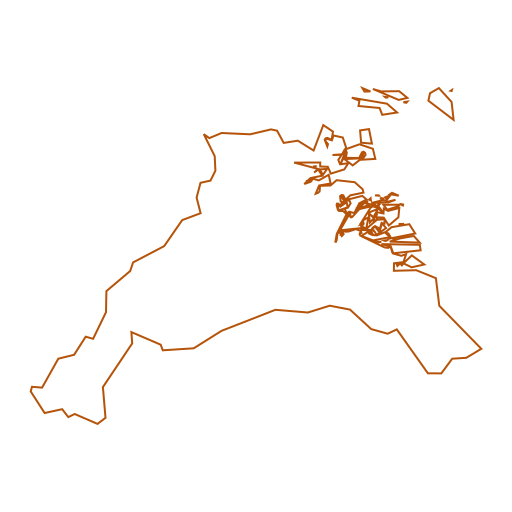 the district of Bulungan, Kalimantan Timur, Indonesia
{"feature_id": "22746128B10941975158621", "entity_name": "Bulungan", "entity_type": "district", "adm_level": 2, "iso_a3": "IDN", "parent_name": "Indonesia", "parent_adm1": "Kalimantan Timur", "projection": "orthographic", "projection_center": [117.459, 2.847], "detail": "fine", "context": "isolated", "style": "outline", "palette": "amber", "viewbox_px": 512, "rotation_deg": 0, "n_neighbors": 0, "source": "geoboundaries", "source_scale": "gbopen_adm2", "svg_char_len": 6071}
<svg xmlns="http://www.w3.org/2000/svg" viewBox="0 0 512 512"><path d="M481.3,348.8L439.3,305.8L435.9,278.2L416.2,270.2L393.9,270.8L394.0,263.3L403.5,262.1L406.1,254.1L401.4,255.8L393.0,253.5L392.3,252.5L390.6,246.6L388.1,247.9L384.5,247.4L361.4,236.2L359.9,234.8L359.6,234.1L359.9,233.1L361.5,232.9L361.0,231.2L356.0,229.1L348.6,231.5L345.4,231.7L342.7,230.4L343.4,234.3L341.8,236.1L339.1,231.5L337.4,234.0L336.7,239.9L335.9,241.8L335.4,241.7L336.8,233.8L346.6,214.2L343.0,211.0L338.9,210.9L337.9,209.8L336.6,205.2L336.9,203.7L338.5,203.7L340.1,206.2L341.9,202.6L345.1,203.1L340.7,201.4L340.1,196.2L341.6,195.0L343.3,195.3L345.5,199.7L350.4,195.3L363.5,192.6L362.6,189.2L354.7,182.2L336.6,180.2L330.5,185.5L320.0,185.8L319.6,191.5L317.9,192.9L315.7,193.7L319.1,185.5L330.6,183.5L328.7,174.8L318.8,180.4L312.5,178.6L311.6,180.8L310.6,181.8L304.3,184.0L310.4,178.1L322.2,175.7L318.2,169.4L314.1,172.6L318.0,168.9L294.1,162.6L320.2,162.5L320.2,166.5L327.8,166.8L330.9,173.6L344.3,169.4L348.3,163.2L340.1,164.3L338.3,159.9L341.6,154.8L332.5,155.0L342.1,154.3L344.8,149.3L346.3,148.3L342.8,137.5L333.5,135.5L331.9,140.3L326.2,138.6L325.2,140.8L328.0,144.1L327.3,146.5L324.7,139.7L325.7,138.3L327.3,137.9L331.6,139.8L333.0,131.6L323.3,125.1L313.6,150.5L297.8,140.7L283.7,142.9L277.1,130.7L271.0,129.4L250.2,134.3L221.6,133.0L209.3,138.1L203.8,134.2L214.7,156.1L215.4,170.7L210.5,180.6L200.5,182.8L196.6,197.6L200.6,213.2L182.2,220.1L164.2,246.1L133.1,262.4L130.2,271.0L106.4,291.1L106.0,312.2L93.1,338.8L85.7,336.7L74.1,354.8L58.3,358.7L42.1,387.6L32.0,386.8L30.7,391.4L44.6,413.0L62.2,409.2L68.3,417.1L74.7,414.0L97.5,423.9L105.5,417.8L102.9,387.1L132.2,343.4L131.4,332.1L160.7,344.7L162.8,350.3L193.7,348.3L221.6,330.8L275.4,309.8L307.9,312.5L329.7,305.7L350.0,309.6L371.2,329.1L387.7,333.7L396.8,329.4L427.9,373.3L441.3,373.4L452.2,358.7L466.3,357.8L481.3,348.8ZM451.6,102.0L438.9,88.1L430.0,93.2L428.4,100.7L453.6,119.9L451.6,102.0ZM378.3,205.9L369.5,206.7L359.4,209.1L352.2,217.0L351.1,217.4L350.5,217.1L349.0,214.7L339.7,230.8L341.6,232.2L341.8,230.5L343.1,230.0L363.0,227.9L361.4,226.6L361.5,225.5L360.4,224.8L360.3,224.3L360.4,223.9L370.8,207.4L373.0,206.4L377.5,207.7L383.3,213.0L378.3,205.9ZM387.0,103.7L351.8,97.7L359.4,100.7L358.5,106.0L379.6,108.0L382.2,114.8L397.1,112.5L387.0,103.7ZM359.5,144.3L345.6,149.3L346.8,152.7L345.8,157.8L359.1,158.0L362.0,152.3L363.5,151.7L365.0,152.7L365.6,154.8L362.1,159.7L375.3,158.9L372.9,148.8L359.5,144.3ZM419.8,244.8L381.4,244.1L390.8,246.5L393.3,253.3L420.6,250.3L419.8,244.8ZM409.3,224.2L391.5,227.2L385.4,232.3L388.4,233.5L390.3,236.6L390.2,237.5L387.6,239.0L415.2,233.5L409.3,224.2ZM362.3,195.9L346.5,199.9L349.6,200.9L350.6,203.3L347.9,207.7L344.6,208.5L347.0,214.1L346.6,217.5L348.3,212.2L349.4,211.7L354.3,213.1L359.3,203.3L366.6,199.5L362.3,195.9ZM399.3,208.0L388.0,210.9L383.8,208.6L383.5,213.5L376.7,212.1L376.9,214.7L375.8,216.6L374.5,217.2L383.7,217.6L388.8,225.5L398.4,217.3L399.3,208.0ZM399.2,91.2L381.2,91.4L372.9,89.0L398.7,99.9L407.4,97.9L399.2,91.2ZM369.0,129.1L360.1,130.4L361.1,142.7L371.9,143.6L369.0,129.1ZM424.3,264.5L411.8,255.4L403.4,263.3L411.6,267.3L424.3,264.5ZM368.1,231.8L361.3,235.9L373.1,240.4L390.1,237.1L384.8,232.3L376.8,235.4L372.4,235.0L369.0,233.5L368.1,231.8ZM413.8,236.0L400.1,238.4L389.7,241.6L419.7,242.6L413.8,236.0ZM360.3,229.9L366.8,230.2L367.0,229.8L367.4,229.7L371.3,230.1L372.6,227.8L375.0,226.1L378.6,228.0L379.3,230.8L381.5,223.1L384.5,223.6L384.5,219.2L376.9,219.8L366.2,228.9L360.3,229.9ZM346.4,200.9L340.9,195.9L345.5,203.0L340.6,206.4L338.9,206.0L337.2,204.0L338.7,210.4L347.7,207.3L346.4,200.9ZM361.6,158.5L364.0,152.2L358.9,158.4L344.4,159.1L352.7,165.4L361.6,158.5ZM387.3,209.7L398.5,206.2L399.4,204.7L383.4,204.8L387.3,209.7ZM382.2,200.3L371.3,203.0L387.0,202.4L386.3,200.3L382.2,200.3ZM376.5,234.8L386.1,228.1L382.0,223.3L379.8,230.8L378.4,231.0L375.0,226.3L371.6,229.9L372.8,230.3L374.9,232.0L376.5,234.8ZM378.0,208.8L368.3,212.8L373.4,217.2L378.0,208.8ZM366.3,228.5L368.4,217.3L362.9,220.4L363.6,223.9L361.5,226.4L366.3,228.5ZM343.5,158.0L346.3,153.6L345.4,151.3L340.6,163.9L343.5,158.0ZM370.7,204.3L363.8,203.1L360.4,208.1L370.7,204.3ZM322.9,174.9L327.1,168.9L319.8,169.4L322.9,174.9ZM398.8,195.7L392.0,192.8L390.0,194.2L398.8,195.7ZM364.5,91.6L370.4,91.4L362.4,88.1L364.5,91.6ZM374.0,218.1L369.9,214.5L368.9,214.8L369.9,222.5L374.0,218.1ZM388.3,202.4L395.5,199.8L387.8,201.7L388.3,202.4ZM387.3,199.3L390.3,195.3L385.1,197.4L387.3,199.3ZM373.3,235.0L371.1,231.5L368.8,231.8L373.3,235.0ZM350.9,217.1L349.8,212.2L348.3,212.6L350.9,217.1ZM403.1,204.5L399.6,203.9L402.9,205.5L403.1,204.5ZM402.9,223.9L398.7,224.0L402.4,225.0L402.9,223.9ZM376.1,242.6L381.4,241.9L375.4,241.7L376.1,242.6ZM397.4,266.0L398.7,264.8L396.5,263.9L397.4,266.0ZM370.9,200.5L370.6,198.2L369.2,199.6L370.9,200.5ZM401.9,265.4L403.1,264.0L400.7,264.1L401.9,265.4ZM309.9,180.8L311.5,180.4L312.0,178.2L308.4,180.2L309.9,180.8ZM374.6,204.0L371.1,205.1L375.2,204.8L374.6,204.0ZM360.4,224.4L363.1,223.3L362.0,222.2L360.4,224.4ZM384.2,199.1L381.7,198.1L379.9,198.4L384.2,199.1ZM378.7,195.3L375.0,195.4L379.0,195.7L378.7,195.3ZM385.3,241.0L388.3,239.9L384.3,240.6L385.3,241.0ZM367.6,229.8L368.7,231.3L371.4,230.3L367.6,229.8ZM359.9,203.4L361.1,204.7L362.9,202.8L359.9,203.4ZM340.9,234.5L343.1,233.8L341.5,232.5L340.9,234.5ZM385.7,97.6L388.4,97.4L384.9,96.9L385.7,97.6ZM379.1,204.9L380.2,203.7L378.5,204.5L379.1,204.9ZM372.5,220.5L373.8,220.7L374.7,219.0L372.5,220.5ZM394.5,239.8L396.7,238.9L392.5,239.6L394.5,239.8ZM406.2,102.8L407.3,101.6L403.4,102.2L406.2,102.8ZM358.1,206.9L359.5,206.8L359.6,205.6L358.1,206.9ZM364.9,207.7L367.5,205.8L363.8,207.7L364.9,207.7ZM367.3,202.5L367.3,201.5L365.3,202.3L367.3,202.5ZM308.6,181.6L309.8,180.9L307.9,181.0L308.6,181.6ZM375.8,219.0L377.0,219.4L377.2,219.0L375.8,219.0ZM359.7,208.4L359.7,206.7L358.1,208.8L359.7,208.4ZM343.6,158.2L345.2,157.6L344.8,156.9L343.6,158.2ZM451.9,90.0L450.7,90.8L451.6,91.0L451.9,90.0ZM314.3,166.6L316.7,166.1L314.2,166.4L314.3,166.6ZM371.6,230.7L372.4,230.3L371.6,230.2L371.6,230.7Z" fill="none" stroke="#b45309" stroke-width="2"/></svg>